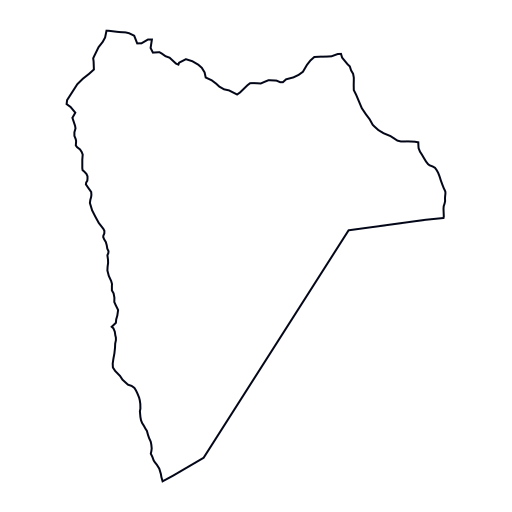 Samrang, Samdrup Jongkhar, Bhutan
{"feature_id": "84629894B7351985376412", "entity_name": "Samrang", "entity_type": "district", "adm_level": 2, "iso_a3": "BTN", "parent_name": "Bhutan", "parent_adm1": "Samdrup Jongkhar", "projection": "albers", "projection_center": [91.824, 26.908], "detail": "fine", "context": "isolated", "style": "outline", "palette": "ink", "viewbox_px": 512, "rotation_deg": 0, "n_neighbors": 0, "source": "geoboundaries", "source_scale": "gbopen_adm2", "svg_char_len": 2896}
<svg xmlns="http://www.w3.org/2000/svg" viewBox="0 0 512 512"><path d="M418.3,142.3L414.7,141.7L408.2,141.4L401.0,141.5L397.4,140.6L390.5,136.1L383.5,133.2L378.4,130.1L374.3,126.4L372.7,124.8L369.6,119.2L365.9,114.3L361.8,108.2L356.2,94.9L353.8,90.1L353.7,85.1L353.8,80.5L353.8,77.6L353.1,73.8L351.1,70.4L349.8,66.4L347.6,64.3L344.3,60.3L342.1,57.6L341.0,53.9L337.8,54.0L331.5,56.3L326.4,56.6L319.9,56.7L314.3,57.0L310.4,60.5L307.0,64.8L302.9,71.8L298.6,74.9L293.4,77.4L286.1,79.3L282.9,82.2L280.2,82.2L276.5,80.6L272.9,80.4L268.6,80.2L265.1,81.6L260.7,83.5L257.8,83.3L253.9,83.1L250.1,83.2L247.5,85.2L240.0,92.5L237.1,94.5L229.0,90.4L224.0,89.3L219.3,86.6L216.2,83.7L211.7,80.3L205.7,77.5L204.6,72.4L201.8,67.8L198.3,64.7L192.3,61.2L185.9,59.2L179.1,62.7L178.4,64.6L176.0,63.6L169.6,57.7L165.5,56.2L161.7,53.5L159.4,52.2L152.9,52.6L150.6,48.0L151.3,43.4L151.9,39.5L148.0,39.5L141.5,43.3L137.2,43.4L134.2,35.7L129.0,33.2L125.6,32.4L120.1,32.1L117.0,31.8L108.9,30.8L106.5,30.7L105.1,37.5L102.7,41.9L98.6,47.1L94.1,56.3L93.2,58.3L93.6,61.5L93.9,69.5L89.0,73.9L83.0,78.6L77.3,84.2L67.1,100.1L66.6,104.1L70.6,107.0L75.3,112.7L72.4,117.8L75.1,125.9L75.5,128.4L74.4,132.3L74.4,135.9L75.7,139.1L76.1,140.9L76.0,143.1L75.8,145.4L77.0,147.1L80.0,149.4L81.7,152.0L82.7,154.6L82.3,159.6L82.3,168.2L82.6,170.2L84.3,171.6L86.5,174.0L87.5,176.3L87.5,178.8L87.3,180.7L86.2,182.5L85.9,184.4L88.5,188.2L89.8,190.0L91.2,192.0L91.4,194.9L91.1,197.1L90.3,200.0L89.9,203.0L92.1,210.3L95.3,216.6L98.8,223.0L103.4,228.9L104.4,230.9L104.3,233.5L103.4,235.5L103.2,237.0L104.1,239.2L105.8,242.0L106.7,245.1L107.3,248.7L108.5,251.2L108.3,253.2L107.4,255.2L108.0,259.7L108.1,262.9L107.6,266.7L107.4,270.5L108.8,275.9L111.2,281.1L112.0,284.0L111.9,285.8L111.9,290.4L113.6,293.4L114.4,297.7L114.3,302.0L115.5,304.7L118.1,310.0L117.9,311.5L117.3,315.6L116.2,319.4L115.9,322.8L111.7,326.8L113.4,328.3L114.8,331.7L115.3,335.2L115.9,337.7L115.9,340.3L115.2,343.5L115.0,347.9L114.4,353.4L113.4,358.8L112.7,363.6L112.9,367.5L115.2,371.0L118.9,374.8L120.0,375.9L122.5,379.7L126.0,382.9L128.0,384.7L131.6,385.9L134.4,387.9L136.0,390.5L137.3,393.2L139.1,397.6L139.8,400.4L140.3,404.0L140.4,408.6L139.9,411.3L140.4,416.9L141.0,420.2L142.1,423.0L144.0,426.0L145.4,428.6L146.9,430.9L148.0,434.9L149.1,438.1L150.7,441.6L151.3,444.5L151.7,448.4L151.4,450.9L150.8,453.7L152.3,456.7L153.7,460.5L154.8,462.2L156.8,464.7L159.3,468.7L160.0,471.1L160.9,474.1L161.4,477.1L162.6,481.3L173.0,475.7L203.6,457.8L240.3,400.2L348.6,230.3L425.4,219.8L443.5,218.0L443.8,216.4L443.5,208.8L443.7,206.2L444.5,203.8L445.1,201.2L445.0,198.4L445.1,196.5L445.4,193.8L445.4,191.9L444.9,190.5L443.8,188.3L442.5,185.0L440.8,180.4L440.0,177.8L439.4,176.0L438.1,172.7L436.7,170.2L435.0,167.8L432.7,166.5L429.6,165.3L428.1,164.2L426.0,161.5L423.7,157.7L421.9,154.6L420.0,151.7L418.6,148.2L418.4,145.5L418.3,142.3Z" fill="none" stroke="#020617" stroke-width="2"/></svg>